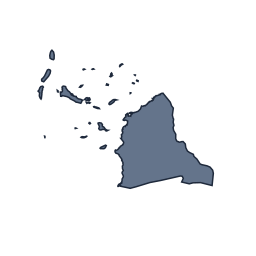 Alluhayah, Al Hudaydah, Yemen, rotated 20°
{"feature_id": "15242507B84016376764538", "entity_name": "Alluhayah", "entity_type": "district", "adm_level": 2, "iso_a3": "YEM", "parent_name": "Yemen", "parent_adm1": "Al Hudaydah", "projection": "orthographic", "projection_center": [42.589, 15.671], "detail": "fine", "context": "isolated", "style": "filled", "palette": "slate", "viewbox_px": 256, "rotation_deg": 20, "n_neighbors": 0, "source": "geoboundaries", "source_scale": "gbopen_adm2", "svg_char_len": 5850}
<svg xmlns="http://www.w3.org/2000/svg" viewBox="0 0 256 256"><g transform="rotate(20 128 128)"><path d="M148.9,83.3L148.3,83.9L147.6,84.0L146.8,85.0L146.9,85.5L146.5,85.5L146.2,86.0L145.9,85.9L145.9,86.3L144.8,87.3L144.2,87.5L143.4,88.3L143.2,88.2L142.6,89.3L142.8,89.6L142.6,89.4L142.5,89.7L142.4,89.6L142.5,89.9L142.0,90.0L142.1,90.4L141.7,90.7L142.0,91.3L141.6,91.6L142.3,91.6L141.6,91.8L142.1,92.0L141.8,92.5L142.4,92.8L141.9,92.8L142.1,93.1L141.4,94.2L141.0,94.0L140.0,95.4L139.6,95.5L139.4,96.1L139.1,95.9L138.9,96.2L138.4,97.1L138.4,97.8L137.8,98.5L137.9,99.2L136.5,101.0L136.4,101.4L135.9,101.3L135.3,101.7L134.7,102.5L133.2,102.7L133.2,105.8L131.9,108.7L129.6,110.7L129.0,110.9L128.5,111.6L127.7,111.7L126.5,114.6L126.2,115.6L126.4,116.0L125.8,116.0L124.6,116.7L124.1,116.0L123.8,116.3L123.4,114.9L122.8,114.8L122.6,115.1L122.5,114.5L122.2,114.8L122.0,115.3L121.3,116.5L122.2,118.3L121.5,119.0L120.6,121.9L120.9,122.3L122.0,122.2L122.7,121.5L123.4,121.4L125.3,121.6L126.1,124.5L125.7,124.9L125.9,125.6L124.8,125.6L125.6,125.8L124.8,126.9L124.9,127.3L124.5,127.2L123.9,127.9L124.1,128.1L123.8,128.0L123.5,128.3L123.2,129.2L123.1,130.2L123.7,130.8L123.6,131.2L123.2,131.0L123.1,131.8L123.7,133.1L124.4,133.4L124.7,134.7L124.3,136.5L124.0,136.6L123.7,136.2L125.0,137.9L124.9,138.4L125.5,140.1L124.9,140.3L128.4,142.5L129.0,143.3L129.0,145.2L128.7,145.2L128.4,146.2L127.1,147.8L126.8,149.4L126.5,149.4L126.3,150.3L126.1,150.4L126.0,151.5L124.6,153.1L123.7,153.0L123.6,154.0L124.1,155.0L125.2,155.8L127.1,155.7L128.7,156.1L129.0,156.9L132.7,159.3L133.3,160.1L133.0,160.3L133.1,160.5L133.4,160.4L134.0,161.4L135.0,162.0L135.2,162.9L135.8,163.6L136.0,164.9L135.7,165.7L136.8,168.2L138.1,169.4L137.6,171.6L137.9,172.5L140.0,174.6L140.3,175.5L139.9,177.9L140.5,179.8L140.5,181.0L141.0,181.7L140.7,182.1L140.3,181.7L139.7,183.0L139.0,183.6L138.8,184.4L138.5,184.4L138.3,185.9L138.5,186.3L139.0,186.1L139.6,184.9L140.3,184.2L140.8,184.6L140.8,185.3L150.7,183.9L155.6,180.5L167.3,171.7L176.7,166.1L193.6,155.2L195.4,154.8L197.2,156.4L196.9,160.4L204.7,159.5L207.8,157.3L214.9,154.5L226.7,153.3L223.7,141.4L222.0,138.7L218.5,136.7L215.2,136.5L209.9,137.2L208.0,137.1L203.3,133.6L199.7,132.2L198.4,130.4L194.3,130.0L191.7,129.3L189.0,126.7L187.3,123.4L184.4,121.9L183.0,122.5L181.4,123.7L180.7,123.8L180.1,123.6L178.8,123.8L177.7,123.0L176.5,121.8L175.0,117.5L171.7,114.7L170.2,112.1L170.3,109.8L168.5,107.2L167.8,104.0L167.2,103.6L165.3,100.8L163.8,93.8L161.5,92.4L158.9,89.3L148.9,83.3ZM54.5,110.4L52.7,110.8L52.0,112.2L53.0,113.4L53.1,113.7L52.8,114.0L53.7,115.3L53.8,116.2L53.2,117.3L52.7,117.1L52.1,117.4L53.9,121.2L54.9,120.9L55.2,120.0L60.0,119.4L62.7,119.7L63.7,120.3L68.5,120.9L70.3,121.5L71.6,121.2L75.2,120.9L75.5,119.7L75.3,118.8L76.0,117.4L73.8,117.2L71.3,117.6L68.9,116.8L68.6,116.1L66.3,116.6L63.5,116.3L63.1,116.0L63.4,115.5L64.5,115.7L65.1,116.1L65.3,115.9L64.6,115.6L64.3,115.1L62.2,115.1L60.7,114.1L58.9,113.6L56.2,111.8L55.3,110.5L54.5,110.4ZM33.0,113.4L35.6,106.6L36.1,103.4L35.7,100.8L34.7,100.0L33.2,100.2L32.4,101.1L31.8,107.6L31.2,109.7L30.3,111.3L30.3,112.4L31.0,113.4L33.0,113.4ZM102.8,133.5L101.3,132.5L99.3,132.8L98.2,133.6L98.4,134.2L100.2,135.8L100.7,136.9L100.7,138.5L101.5,139.2L102.2,139.4L103.3,139.1L104.5,138.1L106.2,137.4L107.6,137.8L107.9,138.2L109.0,138.1L110.0,137.0L109.3,137.2L107.8,137.0L106.3,136.4L105.9,135.9L104.7,135.3L103.6,135.3L103.1,134.7L102.8,133.5ZM34.5,118.5L33.6,117.9L33.2,118.0L31.9,118.9L31.4,120.4L31.4,122.8L30.9,123.9L31.0,124.3L32.8,124.9L33.7,128.2L35.2,129.9L36.4,130.6L36.5,129.9L35.4,125.3L35.1,124.9L35.0,123.7L34.6,122.8L34.7,121.3L34.2,120.2L34.5,118.5ZM34.6,89.3L34.9,88.3L33.7,84.7L32.1,82.1L29.9,80.9L29.3,82.3L29.3,84.0L29.7,86.7L30.9,89.1L32.9,89.5L34.6,89.3ZM102.9,112.3L104.0,111.2L105.8,108.5L106.2,106.5L107.7,105.5L106.2,105.6L104.8,106.2L103.8,107.2L103.5,108.0L102.2,109.8L101.7,111.3L102.1,112.2L102.9,112.3ZM109.2,156.8L112.5,155.7L113.3,154.6L113.5,153.9L113.6,151.9L112.7,151.8L109.0,155.5L108.6,156.5L109.2,156.8ZM79.3,116.2L80.3,115.8L80.6,115.2L80.3,114.1L79.1,113.5L78.3,114.1L77.4,116.1L79.3,116.2ZM93.8,119.1L90.5,119.2L89.5,119.6L89.0,119.3L88.4,119.7L88.6,120.0L89.6,120.1L92.7,120.1L94.5,119.6L93.8,119.1ZM91.6,150.9L91.9,149.9L92.2,149.7L92.3,149.4L92.4,149.1L92.2,149.7L91.8,149.9L90.3,151.2L87.9,151.8L87.2,152.4L87.0,152.8L88.0,152.9L89.9,152.3L91.6,150.9ZM70.0,105.3L70.8,103.5L70.8,103.3L69.2,104.2L68.5,106.2L69.3,106.1L70.0,105.3ZM99.3,73.1L100.1,71.2L101.2,69.9L100.6,69.7L100.0,70.1L98.9,71.6L98.9,72.8L99.3,73.1ZM81.9,115.9L82.6,115.3L82.4,114.6L82.6,114.0L82.1,113.7L81.4,114.2L81.1,115.5L81.4,115.9L81.9,115.9ZM92.9,95.1L94.8,94.7L94.7,93.8L92.9,93.8L92.9,95.1ZM95.3,84.4L93.7,84.7L93.3,85.7L94.0,85.9L94.5,85.6L95.3,84.4ZM94.9,83.6L94.5,82.5L93.7,81.9L93.3,82.8L93.4,83.5L94.9,83.6ZM91.2,136.6L90.3,135.9L89.7,136.1L89.6,136.9L90.7,137.3L91.2,136.6ZM119.9,80.0L119.8,80.6L120.0,80.8L121.5,80.8L121.4,80.1L119.9,80.0ZM118.8,84.0L118.5,83.8L117.0,83.8L116.8,84.2L117.8,84.5L118.6,84.2L118.8,84.7L118.8,84.0ZM83.8,117.3L82.6,117.4L82.1,117.8L83.1,118.1L83.5,117.9L83.8,117.3ZM67.3,87.6L66.5,87.5L65.7,88.1L65.7,88.4L66.1,88.7L67.3,87.6ZM81.3,118.4L80.5,117.7L79.8,118.0L80.9,118.9L81.3,118.4ZM49.7,117.1L48.7,116.8L49.4,118.1L50.0,118.1L49.7,117.1ZM74.4,85.2L75.6,84.4L75.8,84.3L75.3,84.1L74.7,84.4L74.1,85.1L74.4,85.2ZM78.8,145.8L78.3,146.2L78.6,146.6L79.6,145.9L78.8,145.8ZM125.4,112.9L125.3,113.0L125.1,113.2L124.4,113.2L124.3,113.7L125.8,113.7L125.3,113.2L125.4,112.9ZM127.1,111.9L125.5,112.2L125.2,112.4L125.0,112.6L125.0,112.8L125.4,112.4L126.4,112.6L127.1,111.9ZM118.7,94.5L118.6,93.9L118.0,94.1L118.3,94.9L118.7,94.5ZM52.8,164.2L52.4,164.2L53.5,166.1L52.8,164.2ZM116.9,75.7L116.4,75.6L116.0,75.9L116.8,76.2L116.9,75.7ZM81.8,113.2L81.5,112.9L81.0,113.1L81.6,113.3L81.8,113.2Z" fill="#64748b" stroke="#1e293b" stroke-width="1.5"/></g></svg>